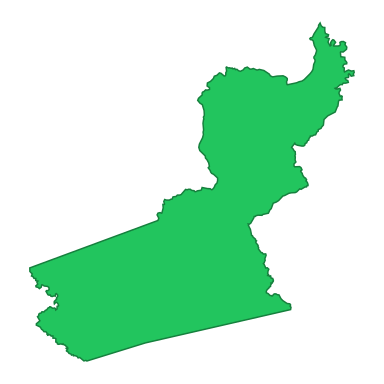 Ricaurte, Nariño, Colombia
{"feature_id": "7082276B47092068992796", "entity_name": "Ricaurte", "entity_type": "district", "adm_level": 2, "iso_a3": "COL", "parent_name": "Colombia", "parent_adm1": "Nariño", "projection": "albers", "projection_center": [-77.964, 1.247], "detail": "fine", "context": "isolated", "style": "filled", "palette": "green", "viewbox_px": 384, "rotation_deg": 0, "n_neighbors": 0, "source": "geoboundaries", "source_scale": "gbopen_adm2", "svg_char_len": 5857}
<svg xmlns="http://www.w3.org/2000/svg" viewBox="0 0 384 384"><path d="M290.6,309.6L291.0,307.2L290.1,306.2L290.6,305.0L289.8,303.8L287.1,303.5L282.8,300.6L280.9,298.6L279.0,294.9L277.3,294.7L276.0,293.9L274.4,293.9L273.5,294.4L272.5,295.9L271.8,296.0L271.1,295.5L270.0,295.5L268.2,293.6L266.4,292.8L266.2,291.6L267.0,289.8L269.0,287.9L269.3,287.1L270.5,286.5L270.7,284.8L271.3,284.0L270.9,283.1L272.3,283.0L272.5,281.9L273.2,281.6L273.0,281.0L273.4,280.3L272.7,278.4L271.1,278.1L270.6,275.9L269.5,276.4L269.1,275.7L267.8,275.5L268.5,274.6L267.7,273.7L268.0,271.1L268.8,269.2L267.3,267.8L265.7,268.0L264.3,264.7L263.4,263.6L264.1,262.9L265.2,260.1L264.8,259.0L266.1,255.2L265.7,253.9L263.3,254.0L262.2,252.7L261.2,252.6L258.4,248.9L258.6,247.5L257.9,246.2L258.1,245.4L255.8,242.5L255.8,241.7L256.5,240.9L255.7,240.4L255.5,239.2L253.0,237.0L252.5,235.8L251.6,235.4L250.4,229.4L248.4,225.5L248.8,224.9L248.2,224.0L249.4,224.0L250.6,223.4L253.7,218.1L254.2,216.5L255.2,216.5L256.1,215.7L257.9,215.2L262.0,215.3L263.0,214.4L268.4,213.2L269.9,209.9L271.2,208.7L273.2,203.2L276.2,202.1L278.6,200.6L282.9,196.0L284.7,195.5L288.9,193.3L291.4,192.8L295.2,192.6L296.7,191.9L299.7,188.9L301.1,189.3L305.0,187.0L306.5,186.9L306.8,185.9L308.0,185.6L308.0,184.4L307.3,182.3L305.9,180.9L306.6,179.8L305.5,178.0L304.6,177.8L303.8,176.8L302.7,175.2L302.2,173.3L300.7,171.5L300.8,170.7L301.5,170.5L302.0,169.8L301.0,167.6L299.6,166.6L294.7,166.8L294.1,166.2L293.9,164.1L295.9,162.0L295.1,160.1L295.3,156.8L294.8,156.0L295.4,154.6L295.2,151.6L294.1,150.8L293.1,149.0L291.6,147.4L294.8,143.2L295.4,144.4L297.3,145.2L302.0,146.1L303.7,146.0L304.8,145.1L305.2,143.4L306.6,142.9L307.5,140.6L308.7,140.1L309.0,138.4L310.1,137.1L310.3,136.1L312.4,136.0L313.8,135.1L315.6,134.8L316.9,131.9L318.2,131.2L318.3,129.6L321.0,128.4L321.7,127.0L323.4,125.1L324.0,119.5L327.8,115.8L335.2,112.0L337.3,106.7L337.9,106.1L338.5,101.4L339.2,100.2L342.1,99.9L341.9,98.1L342.2,96.4L341.6,95.9L340.3,96.3L338.9,93.2L339.3,91.8L340.5,90.0L339.9,88.3L337.2,89.1L335.5,88.8L335.0,88.3L336.7,87.8L339.7,85.0L341.0,84.5L342.2,84.7L343.1,83.2L345.8,83.1L348.3,82.4L347.8,80.5L346.2,80.0L345.2,78.4L345.5,77.9L348.4,77.4L348.8,76.3L348.3,74.5L348.7,73.9L349.4,73.9L351.2,76.2L353.8,75.6L353.3,74.0L354.2,72.4L353.8,70.7L351.5,71.1L348.5,70.0L344.5,71.9L344.1,70.6L344.3,68.0L342.9,66.9L342.9,65.9L344.1,64.2L346.7,63.8L346.8,62.4L344.9,59.9L344.8,57.3L340.8,56.7L340.4,52.3L340.6,51.9L343.2,52.0L346.5,49.3L346.8,47.1L345.0,44.7L345.5,42.7L343.4,41.5L341.3,41.6L339.9,42.4L340.3,44.5L339.8,45.5L338.3,46.0L333.8,46.0L333.5,45.8L333.7,45.1L335.6,42.3L333.8,40.0L332.8,39.7L331.7,40.8L330.6,42.7L331.0,45.4L330.1,45.9L328.0,42.1L329.2,38.6L325.6,37.3L326.2,36.6L328.3,36.1L328.5,34.7L325.4,33.5L324.8,31.1L324.8,27.5L322.8,27.3L321.1,25.7L320.1,23.0L318.6,25.2L318.5,26.9L314.0,33.9L312.8,36.6L312.2,37.5L310.5,37.8L309.8,38.7L310.4,39.6L312.1,39.9L313.2,40.8L314.3,45.5L316.5,49.9L316.5,51.2L315.3,55.0L314.0,56.8L313.9,58.0L315.0,59.8L315.0,61.5L313.7,64.4L313.0,69.3L311.8,71.6L310.0,73.8L304.1,79.7L301.9,81.1L299.2,81.7L296.6,82.8L287.6,84.7L287.0,84.5L286.5,81.8L287.3,79.9L287.2,78.4L285.6,77.0L283.1,75.8L277.1,76.1L272.6,76.9L270.3,75.8L269.3,74.1L263.9,70.5L259.3,69.4L257.5,70.0L256.5,69.9L253.3,68.5L251.5,69.1L250.0,69.1L247.3,67.1L244.7,68.0L243.2,69.9L240.4,71.3L238.5,70.7L236.9,69.3L235.4,69.6L234.7,68.4L233.0,68.9L232.1,68.0L231.3,68.3L229.5,67.8L228.6,68.0L226.5,67.0L226.1,67.4L226.6,71.2L225.8,72.7L225.8,74.8L225.1,75.9L224.2,76.0L221.0,73.3L219.4,72.9L216.9,75.3L214.3,76.2L213.4,78.5L210.5,81.4L207.4,83.0L207.1,86.0L209.5,87.7L209.5,89.5L207.2,90.1L205.6,89.9L204.0,91.5L202.6,92.1L202.1,93.1L202.2,94.9L198.5,98.3L197.7,100.4L200.0,103.2L202.3,104.6L204.1,110.6L204.3,114.5L204.2,115.8L203.4,117.1L203.9,119.2L203.5,119.7L203.0,123.3L203.6,130.1L203.1,132.1L203.4,134.6L202.5,137.9L199.4,144.1L198.8,147.4L199.8,150.6L205.2,155.9L205.5,158.1L206.9,159.6L208.7,162.9L209.4,166.4L208.2,167.8L210.2,170.5L210.6,171.9L211.6,173.3L213.7,174.4L217.6,178.0L217.6,180.6L217.0,183.0L215.3,184.7L214.1,187.5L212.4,189.5L211.5,189.7L210.1,188.7L207.6,188.6L202.1,187.5L201.4,189.9L200.7,190.3L197.5,190.8L195.6,191.7L194.6,191.5L194.1,190.7L191.7,190.4L190.3,189.3L188.3,189.3L187.2,189.8L185.6,189.4L181.1,194.6L179.6,195.1L177.3,195.1L176.2,196.4L173.0,196.9L172.1,199.1L170.7,199.3L169.4,200.1L166.5,200.1L164.7,199.5L163.8,201.5L164.5,204.0L164.4,204.4L162.9,204.4L163.2,207.9L161.9,213.0L161.6,213.2L160.0,212.6L158.0,213.1L157.1,214.9L158.8,218.2L157.9,220.5L29.8,267.9L29.9,271.5L32.2,273.9L31.5,276.0L32.9,276.5L34.0,278.4L35.8,278.5L35.7,280.5L37.9,281.1L36.9,282.1L37.7,284.2L35.8,285.9L36.1,286.9L38.1,287.4L39.4,288.6L41.3,287.1L41.7,284.9L42.6,284.9L44.2,286.0L47.5,286.4L48.8,287.4L49.2,289.5L47.7,290.7L46.5,290.6L46.0,291.3L47.9,294.7L49.1,295.2L50.2,294.9L51.0,296.3L52.4,296.5L53.9,295.9L55.3,296.1L55.6,294.0L56.3,293.6L57.6,294.9L57.6,296.5L56.4,298.1L56.7,299.0L54.3,301.4L54.2,302.9L54.4,303.9L55.6,302.6L56.7,302.3L57.9,303.6L58.6,305.6L58.4,306.0L57.1,306.3L57.0,309.0L55.7,310.0L55.4,308.7L54.7,308.0L52.7,308.3L50.5,306.8L49.7,306.8L49.5,307.4L48.1,307.9L46.8,309.7L45.3,310.4L44.0,311.9L41.9,311.8L40.9,313.2L39.5,313.4L38.8,314.2L38.7,315.7L37.5,316.7L39.9,320.8L36.4,323.7L36.3,325.1L40.3,327.1L41.6,329.4L42.4,329.7L44.0,331.7L45.9,331.7L47.0,333.1L47.0,334.2L48.1,334.2L47.8,335.2L49.9,334.7L51.2,336.1L52.9,335.9L53.0,338.2L54.9,338.2L55.9,338.8L55.8,342.0L56.9,342.4L57.5,344.0L58.6,344.3L61.0,343.9L62.4,344.4L63.0,343.8L64.1,344.9L65.4,345.3L66.3,346.6L67.5,347.3L67.8,348.1L66.4,348.4L67.5,349.3L67.5,349.8L66.5,350.3L66.5,351.0L68.3,352.2L69.0,353.4L70.9,354.0L71.5,355.1L73.3,354.8L73.5,355.8L74.9,355.6L77.1,356.4L78.1,357.9L79.8,357.5L83.9,360.9L85.9,360.4L86.9,361.0L145.4,342.9L290.6,309.6Z" fill="#22c55e" stroke="#15803d" stroke-width="1.5"/></svg>